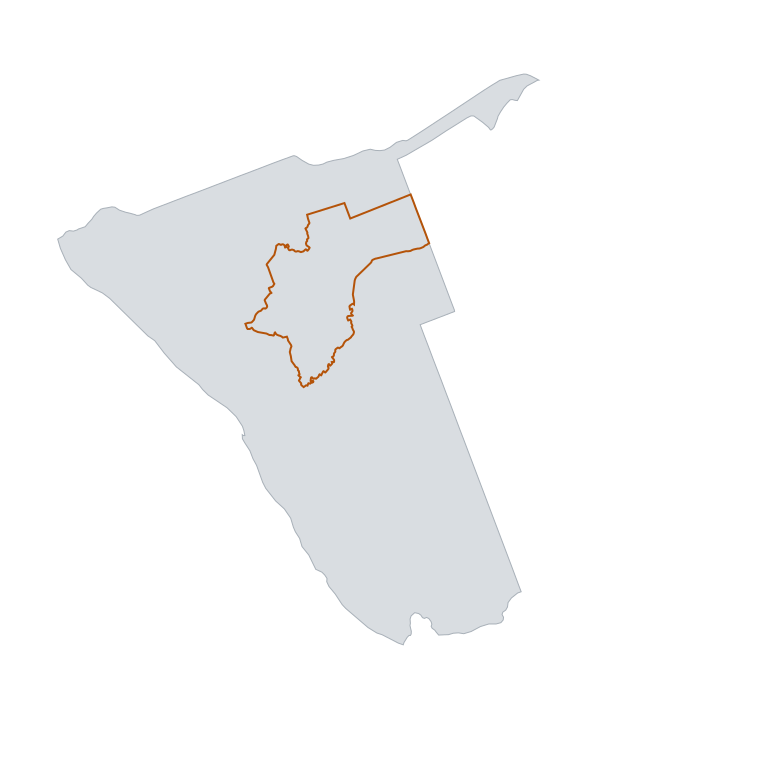 Otjozondjupa on a map of Namibia (Natural Earth projection), rotated 339°
{"feature_id": "NAM-3349", "entity_name": "Otjozondjupa", "entity_type": "Region", "adm_level": 1, "iso_a3": "NAM", "parent_name": "Namibia", "parent_adm1": "", "projection": "natural_earth1", "projection_center": [17.471, -20.567], "detail": "fine", "context": "in_parent", "style": "outline", "palette": "amber", "viewbox_px": 768, "rotation_deg": 339, "n_neighbors": 0, "source": "natural_earth", "source_scale": "10m", "svg_char_len": 8904}
<svg xmlns="http://www.w3.org/2000/svg" viewBox="0 0 768 768"><g transform="rotate(339 384 384)"><path d="M567.2,149.0L575.2,147.2L582.9,145.5L591.8,143.7L599.0,142.4L600.8,142.0L617.9,143.6L625.4,144.7L627.9,145.8L631.3,148.8L637.5,155.8L635.9,155.5L624.4,157.0L620.0,158.9L610.1,167.2L608.0,166.1L605.7,164.4L603.7,163.9L599.4,165.9L595.1,168.3L590.3,171.7L586.3,175.0L585.1,176.8L578.9,183.6L576.9,184.7L575.1,185.2L574.4,184.9L573.6,181.9L569.9,175.1L564.0,166.1L562.2,165.2L561.0,164.9L556.6,165.3L543.5,167.9L532.6,170.0L515.8,173.7L497.7,176.6L486.6,178.4L476.9,179.0L476.9,187.9L476.8,205.9L476.7,223.9L476.7,241.9L476.6,259.9L476.5,278.0L476.4,296.0L476.3,314.0L476.2,332.0L476.2,339.9L475.9,341.6L470.4,341.6L457.9,341.6L447.4,341.6L439.0,341.6L438.9,352.3L438.9,365.0L438.8,377.7L438.8,390.3L438.8,403.0L438.7,415.7L438.7,428.4L438.6,441.1L438.5,453.7L438.5,463.3L438.5,464.4L438.4,483.0L438.3,502.7L438.2,522.4L438.1,542.1L438.0,561.8L437.9,581.4L437.8,601.1L437.6,620.8L437.6,627.1L433.9,627.0L426.3,629.4L421.5,632.5L419.4,636.4L416.6,638.7L413.1,639.6L411.6,641.5L412.0,644.6L410.7,647.0L407.6,648.7L402.6,648.2L395.8,645.6L387.1,645.0L376.6,646.3L369.0,645.7L364.3,643.0L359.4,641.5L354.2,641.1L351.2,640.0L345.1,638.0L343.9,634.6L343.2,632.0L341.4,629.3L341.2,627.1L342.6,625.4L342.8,622.7L341.8,619.0L340.1,617.2L337.7,617.3L336.2,615.9L335.6,613.0L334.1,610.7L330.7,608.5L326.2,610.2L324.1,612.8L322.9,616.8L321.7,618.8L321.2,622.2L320.9,624.6L319.8,627.1L318.6,628.2L317.3,627.7L315.0,628.7L310.0,632.5L308.5,634.4L304.4,630.9L292.4,617.4L288.1,613.9L281.8,605.6L267.9,579.9L265.9,575.0L263.2,562.6L260.1,553.4L259.7,548.1L261.1,545.1L260.2,541.0L258.6,537.4L253.9,532.6L252.5,516.7L249.2,506.4L249.9,497.9L248.3,490.2L248.1,485.2L248.8,475.8L246.2,464.9L240.9,454.3L236.2,439.0L235.5,432.3L235.9,414.2L234.9,406.9L234.9,398.2L233.0,389.3L232.2,384.4L233.5,380.5L234.3,381.8L235.6,382.3L236.5,377.2L236.7,372.7L234.3,361.5L229.0,350.0L215.9,331.3L212.7,324.2L210.9,318.3L196.3,293.7L189.9,276.4L185.5,261.4L180.8,254.5L158.6,205.8L153.7,198.0L144.9,188.8L142.9,185.7L139.4,176.8L132.8,165.0L131.1,153.9L130.5,141.4L131.3,131.8L137.2,130.8L141.4,128.2L145.1,128.0L148.9,130.0L152.8,130.2L154.3,129.8L161.4,130.1L165.5,127.8L170.3,125.5L173.0,123.5L176.9,121.4L182.1,119.3L185.0,119.5L188.6,120.3L193.4,121.1L196.1,122.5L199.4,127.0L204.4,131.1L208.0,133.5L212.3,136.7L213.5,137.9L215.4,138.6L216.5,138.8L224.3,138.3L231.4,137.9L239.0,137.9L253.4,137.9L267.7,137.9L282.0,138.0L296.4,138.0L310.7,138.0L325.0,138.0L339.4,138.1L353.7,138.1L359.6,138.1L369.8,138.2L380.6,138.4L381.8,138.6L383.0,139.5L383.9,140.3L387.7,145.9L392.6,151.8L396.6,154.6L401.5,156.2L406.0,156.8L410.2,156.4L417.3,157.2L427.1,159.1L437.3,159.7L447.8,158.9L455.3,159.9L459.6,162.8L463.9,164.7L468.4,165.8L474.5,165.2L482.2,162.9L488.8,163.3L491.8,164.9L493.6,164.9L504.9,162.6L514.0,160.7L527.6,157.7L538.8,155.3L555.5,151.6L567.2,149.0Z" fill="#d9dde1" stroke="#a8b0b8" stroke-width="1"/><path d="M476.8,216.6L476.8,220.1L476.8,225.6L476.7,231.2L476.7,236.7L476.7,242.2L476.7,247.7L476.7,253.2L476.7,258.8L476.6,264.3L476.6,268.7L475.7,268.8L475.0,269.1L474.5,269.3L472.1,269.4L470.1,270.1L469.6,270.2L467.0,270.3L465.6,270.2L463.7,269.6L459.7,269.0L458.2,269.0L456.9,269.2L456.1,269.2L454.4,268.8L453.7,268.6L452.7,268.1L452.1,267.9L421.8,264.1L420.9,263.9L418.6,264.0L417.6,264.1L416.9,264.5L415.7,265.8L414.5,266.4L396.6,274.0L396.2,274.3L394.9,275.5L393.8,276.8L387.1,289.1L386.9,289.7L385.8,295.8L385.5,296.7L384.5,299.0L384.2,298.5L384.0,298.2L383.6,297.9L383.0,297.9L380.3,298.6L379.6,299.1L379.2,300.8L379.0,302.1L379.0,302.5L379.5,302.5L380.7,302.3L381.0,302.3L381.1,302.8L381.0,303.7L380.9,304.1L380.7,304.6L380.3,305.0L378.9,305.8L378.6,306.2L378.6,306.6L378.6,307.0L378.7,307.5L379.3,308.6L379.4,308.9L379.2,309.0L375.3,307.8L374.9,307.7L374.6,307.8L374.2,307.9L373.8,308.2L373.5,308.6L373.3,309.4L373.3,311.4L373.3,311.8L373.5,311.9L373.9,311.9L374.7,311.8L375.3,311.7L375.5,311.7L375.6,312.1L375.9,313.5L375.9,313.9L375.8,314.3L375.3,314.9L375.2,315.3L375.2,315.7L375.4,317.6L375.4,318.1L375.3,318.4L374.3,319.0L374.3,319.3L374.3,319.5L374.4,320.0L374.5,320.3L374.5,320.7L374.4,321.9L374.7,323.8L374.7,324.3L374.5,324.9L373.5,326.3L372.7,326.9L370.4,328.1L369.9,328.6L366.0,329.8L365.2,329.6L363.7,330.0L361.9,330.9L360.6,332.1L359.8,332.9L359.4,333.3L358.4,333.8L356.6,334.2L355.5,334.6L355.3,334.7L355.1,334.6L354.5,333.9L354.1,333.6L353.8,333.5L353.4,333.6L351.7,334.1L351.2,334.3L350.9,334.5L350.6,335.0L350.2,336.2L350.0,336.5L348.7,337.3L348.3,337.6L348.0,338.0L347.7,338.9L347.6,339.1L347.3,339.5L346.9,339.8L346.5,340.1L346.1,340.1L345.4,340.1L345.1,340.2L345.1,340.6L345.9,343.0L346.0,343.4L346.0,343.7L345.6,344.9L345.4,345.2L345.2,345.5L344.9,345.5L343.4,344.7L343.1,344.7L343.1,344.9L343.2,345.7L343.1,346.2L342.8,346.4L342.4,346.7L340.7,347.5L340.3,347.6L340.1,347.4L340.0,347.0L339.8,346.1L339.7,345.7L339.1,345.8L338.8,346.2L338.2,347.0L338.0,347.4L337.9,347.8L338.0,349.2L337.7,349.7L337.2,350.2L333.7,352.1L333.3,352.2L333.0,351.9L332.8,351.5L332.6,351.0L332.3,350.6L332.1,350.4L331.7,350.5L331.3,350.8L328.8,353.1L328.5,353.4L328.3,353.3L328.1,353.0L327.9,352.5L327.6,352.1L327.3,351.9L326.8,352.2L326.5,352.5L325.7,353.4L325.3,353.7L324.9,353.9L324.4,354.0L322.7,354.7L322.4,354.7L321.9,354.2L321.4,353.9L320.4,353.9L319.9,353.5L319.6,353.1L319.3,352.2L319.1,351.9L318.9,351.8L318.5,351.8L318.2,352.0L317.9,352.3L316.8,354.4L316.6,354.7L316.6,354.9L316.6,355.3L316.8,355.5L317.1,355.6L318.3,355.4L318.7,355.4L318.9,355.7L319.0,356.2L318.8,356.6L318.5,356.9L317.3,357.0L316.2,356.8L315.9,356.9L315.5,357.0L315.2,357.2L314.8,357.0L314.0,356.3L313.7,356.2L313.4,356.4L313.1,356.8L312.5,357.6L312.2,357.9L312.0,358.1L311.8,357.9L311.3,357.6L310.9,357.3L307.9,358.1L306.7,355.9L306.5,355.4L306.4,355.0L306.5,354.6L306.6,354.4L306.8,354.0L306.9,353.8L306.9,353.5L305.9,350.8L305.8,350.4L306.0,350.1L307.3,349.1L307.7,348.5L308.5,348.1L308.7,347.9L308.5,347.6L307.3,345.6L307.2,345.2L307.3,345.1L307.7,345.1L308.1,345.1L308.4,344.9L308.7,344.5L308.7,343.2L309.0,342.0L309.1,341.7L309.1,341.3L308.8,340.9L308.6,340.5L308.6,340.1L308.8,339.7L309.0,339.3L309.0,338.7L309.0,338.0L308.4,337.0L308.0,336.6L307.7,336.5L307.6,336.4L307.4,335.6L307.3,334.6L305.9,329.6L307.0,324.6L307.4,321.1L307.5,320.5L307.6,320.2L308.1,319.6L309.5,317.4L311.0,315.8L311.2,314.5L310.0,309.0L310.3,307.6L310.3,305.0L306.7,304.5L306.4,304.4L306.1,304.3L305.9,303.9L305.6,303.3L305.5,303.1L304.2,301.7L303.9,301.5L303.3,301.1L302.8,300.7L301.8,299.7L301.4,299.1L301.1,298.6L300.9,297.1L300.8,296.8L300.7,296.8L300.4,296.9L298.8,298.9L298.6,299.1L298.3,299.2L297.9,299.0L296.4,298.0L294.6,297.2L292.4,294.8L284.9,290.3L281.9,287.3L281.6,286.8L281.0,284.6L280.9,284.3L280.7,284.1L280.3,284.2L279.0,284.5L278.6,284.5L278.3,284.5L276.4,283.8L276.2,283.2L276.1,282.8L276.2,278.1L278.8,278.2L281.9,279.0L282.4,279.0L283.0,278.8L285.2,277.7L285.8,277.3L288.2,274.2L288.7,273.7L289.9,272.8L292.5,271.6L292.9,271.5L295.2,271.5L295.6,271.4L297.4,270.4L297.8,270.3L298.2,270.2L298.8,270.3L299.4,270.5L300.0,271.0L300.5,271.1L301.1,270.9L301.7,270.7L302.2,270.3L302.6,269.9L302.8,269.3L302.9,268.8L302.9,268.3L302.7,266.8L302.6,263.2L302.7,262.9L303.1,262.5L309.8,258.7L310.9,258.7L311.2,258.7L311.5,258.6L311.4,258.2L310.8,256.3L310.8,255.8L310.8,253.3L310.9,253.2L311.1,253.1L314.4,253.1L315.5,252.8L317.5,251.2L317.2,249.5L317.6,233.4L317.3,231.4L317.2,230.7L317.4,230.3L317.7,230.0L327.9,224.1L331.5,219.1L333.0,216.4L335.7,215.6L336.2,215.8L336.7,216.1L336.9,216.6L337.2,216.9L337.8,217.2L339.0,217.1L339.7,217.4L340.2,217.8L340.7,218.7L340.8,219.1L340.8,219.4L340.6,220.7L340.6,221.1L340.9,221.2L341.2,221.2L341.6,221.2L341.8,221.1L341.9,220.7L341.9,220.3L341.9,219.9L342.1,219.7L343.1,219.3L343.9,219.2L344.1,219.3L344.2,219.6L344.4,220.9L344.4,221.4L344.3,221.7L344.1,221.8L343.4,221.9L343.2,222.1L343.1,222.4L343.2,224.2L343.3,224.6L343.4,224.9L343.7,225.2L344.1,225.4L344.6,225.5L345.4,225.4L345.9,225.5L346.4,225.6L347.7,226.6L347.9,226.8L348.0,227.0L348.1,227.7L348.3,228.0L349.0,228.7L349.5,228.9L350.1,229.0L351.0,229.0L351.6,229.3L352.2,229.7L353.6,231.0L353.8,231.1L356.3,231.3L356.8,231.1L358.0,230.6L358.9,230.3L359.3,230.3L359.6,230.6L359.8,230.9L360.0,231.8L360.2,232.1L360.5,232.1L361.0,231.9L362.7,230.8L363.1,230.4L363.4,230.0L363.2,229.5L361.9,227.6L361.5,227.0L361.4,226.5L361.4,225.9L361.5,224.9L361.8,224.6L361.9,224.3L362.2,223.7L363.5,223.0L363.7,222.5L363.8,221.9L363.9,221.5L364.3,221.2L364.7,221.1L365.2,221.0L365.6,220.8L365.8,220.5L366.0,219.6L366.2,218.4L366.2,216.8L366.2,216.2L366.4,215.7L366.7,215.3L366.7,214.7L366.7,214.1L366.4,211.1L366.4,210.7L366.7,210.5L367.1,210.4L367.7,210.4L368.3,210.2L369.0,209.7L369.9,208.5L370.6,208.0L371.7,207.4L372.1,206.9L372.3,202.3L372.9,198.4L411.9,200.9L411.8,217.4L476.8,216.6L476.8,216.6Z" fill="none" stroke="#b45309" stroke-width="2"/></g></svg>